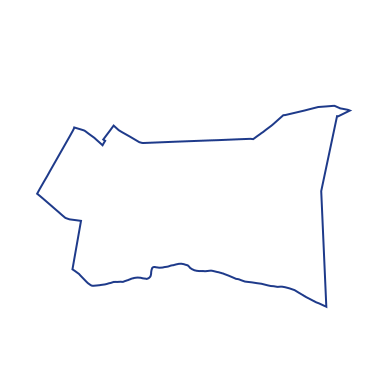 outline of Pocito, San Juan, Argentina, rotated 280°
{"feature_id": "61730980B55193733465089", "entity_name": "Pocito", "entity_type": "district", "adm_level": 2, "iso_a3": "ARG", "parent_name": "Argentina", "parent_adm1": "San Juan", "projection": "orthographic", "projection_center": [-68.624, -31.735], "detail": "fine", "context": "isolated", "style": "outline", "palette": "blue", "viewbox_px": 384, "rotation_deg": 280, "n_neighbors": 0, "source": "geoboundaries", "source_scale": "gbopen_adm2", "svg_char_len": 3861}
<svg xmlns="http://www.w3.org/2000/svg" viewBox="0 0 384 384"><g transform="rotate(280 192 192)"><path d="M283.4,268.5L282.5,267.8L279.1,265.1L273.4,260.6L272.4,259.8L271.1,258.7L265.9,253.8L263.4,251.6L261.9,250.0L261.0,249.2L258.5,246.7L254.7,243.1L254.5,240.2L251.7,227.3L247.6,208.7L246.1,201.5L238.6,166.7L235.6,153.0L232.0,136.5L231.8,135.6L231.7,134.8L231.7,134.3L231.7,133.6L231.8,133.0L231.9,131.5L235.7,121.4L236.3,119.7L238.8,112.6L240.0,109.5L240.3,108.9L240.6,108.4L243.8,103.3L240.2,101.5L238.3,100.6L235.2,99.0L228.3,95.5L227.3,97.6L225.4,96.8L222.5,95.8L224.9,92.0L226.3,89.7L228.2,86.7L228.3,86.6L231.4,80.2L233.3,76.5L233.7,75.6L233.9,74.8L234.0,74.1L234.3,71.8L234.4,70.9L235.1,64.8L234.0,64.7L232.9,64.4L230.4,63.6L230.2,63.5L226.1,62.1L207.9,55.6L203.1,53.9L187.7,48.4L182.7,46.7L176.8,44.5L168.2,41.4L163.4,39.8L161.7,42.9L160.0,45.8L152.0,59.2L146.4,68.5L144.5,71.8L144.1,74.1L143.8,76.2L144.0,80.5L144.3,87.7L95.1,87.7L93.9,90.4L91.7,94.9L91.5,95.2L90.6,96.3L85.3,103.6L84.7,104.5L84.1,105.4L82.7,108.4L82.4,109.4L82.4,110.1L82.4,110.7L83.3,114.1L84.3,117.6L84.5,118.0L85.9,122.4L86.7,124.2L87.7,126.1L88.0,126.9L88.3,127.7L89.4,129.7L89.9,130.7L89.9,131.1L90.2,132.2L90.2,132.7L90.4,133.5L90.6,134.7L90.9,135.8L91.2,137.2L91.3,137.8L91.3,138.2L91.5,139.6L91.8,140.1L92.1,140.6L92.4,141.1L92.8,141.7L93.0,142.2L93.3,142.7L93.8,143.6L94.1,144.3L94.5,144.9L94.8,145.3L95.0,145.7L95.4,146.3L95.5,146.6L95.9,147.0L96.1,147.5L96.3,147.8L96.6,148.4L96.8,149.0L97.0,149.4L97.0,149.5L97.3,149.9L97.5,150.6L97.9,151.8L98.0,152.2L98.1,152.6L98.3,153.2L98.3,153.8L98.4,154.2L98.5,154.9L98.5,155.4L98.6,155.8L98.6,156.2L98.6,156.8L98.5,157.4L98.5,157.8L98.5,158.3L98.4,158.7L98.5,159.3L98.5,160.0L98.6,161.1L98.6,161.7L98.5,162.3L98.8,163.0L99.2,163.6L99.4,164.0L99.8,164.4L100.2,164.8L100.6,165.1L101.1,165.4L101.6,165.7L102.4,165.8L102.9,165.9L103.4,165.9L104.3,165.9L104.7,165.9L105.3,165.8L106.0,165.7L106.7,165.7L107.3,165.7L107.9,165.7L108.3,165.7L108.8,165.8L109.4,165.9L109.9,165.9L110.5,166.2L111.0,166.6L111.4,167.3L111.6,167.8L111.7,168.7L111.6,169.5L111.7,170.9L111.7,172.0L111.8,173.2L112.1,174.5L112.2,174.9L112.3,175.5L112.5,176.0L112.6,176.4L113.2,177.7L113.6,178.9L113.7,179.3L114.0,180.2L114.2,180.7L114.3,181.1L114.6,181.7L115.2,182.8L115.7,183.6L116.0,184.3L116.4,185.3L116.5,185.8L116.7,186.4L117.0,187.0L117.2,187.3L117.4,187.9L117.7,188.4L117.8,188.7L118.0,189.1L118.2,189.6L118.5,190.4L118.7,190.8L119.0,191.6L119.5,193.9L119.5,196.5L119.2,198.4L119.2,199.0L119.1,199.3L119.1,199.5L119.1,200.1L118.9,200.8L118.6,201.1L118.2,201.8L118.0,202.1L117.2,203.0L116.8,203.5L116.7,203.9L116.3,204.7L116.0,205.4L115.9,205.9L115.4,207.7L115.3,208.2L115.3,209.2L115.2,210.2L115.3,211.4L115.3,211.9L115.4,212.9L115.5,213.6L115.7,214.4L115.8,215.0L115.9,216.0L116.1,216.4L116.1,217.0L116.2,218.4L116.3,218.9L116.5,219.7L116.8,220.5L116.9,221.1L117.0,221.4L117.3,222.3L117.7,223.7L117.8,224.3L117.9,224.8L117.9,225.3L117.9,226.0L117.8,227.8L117.7,229.2L117.6,230.6L117.6,232.2L117.4,233.7L117.4,234.4L117.2,235.6L117.1,237.1L116.9,237.7L116.0,242.5L114.8,247.7L114.1,250.5L114.2,252.2L114.1,253.6L113.7,255.5L113.3,257.8L113.1,259.1L113.0,259.6L113.1,261.7L113.4,266.5L113.5,271.9L113.7,276.3L113.4,280.3L113.2,283.1L113.1,286.0L113.4,288.7L113.4,291.3L113.4,292.7L114.0,295.0L114.4,297.0L114.4,298.3L114.4,300.1L114.2,302.7L114.0,304.9L113.3,309.3L113.2,310.0L111.2,315.1L108.4,322.4L104.9,333.5L104.4,336.3L104.3,336.7L102.3,344.2L215.3,319.1L289.8,321.6L291.9,321.7L291.9,322.8L299.6,333.3L299.9,331.9L300.0,331.2L300.1,325.9L300.1,323.8L300.1,323.5L300.1,323.3L300.2,323.2L300.3,322.7L300.8,320.7L301.4,318.3L301.4,318.2L301.6,317.5L301.6,317.3L301.5,316.9L301.3,315.9L299.7,309.8L297.6,301.5L293.5,292.4L291.8,288.7L286.0,275.2L283.9,270.3L283.8,270.0L283.8,269.6L283.4,268.5Z" fill="none" stroke="#1e3a8a" stroke-width="2"/></g></svg>